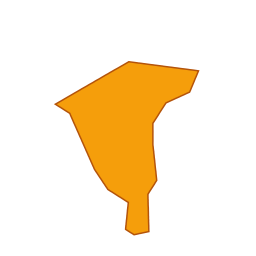 Texel, Netherlands, rotated 303°
{"feature_id": "6326949B53858734726992", "entity_name": "Texel", "entity_type": "district", "adm_level": 2, "iso_a3": "NLD", "parent_name": "Netherlands", "parent_adm1": "", "projection": "mercator", "projection_center": [4.818, 53.078], "detail": "fine", "context": "isolated", "style": "filled", "palette": "amber", "viewbox_px": 256, "rotation_deg": 303, "n_neighbors": 0, "source": "geoboundaries", "source_scale": "gbopen_adm2", "svg_char_len": 3652}
<svg xmlns="http://www.w3.org/2000/svg" viewBox="0 0 256 256"><g transform="rotate(303 128 128)"><path d="M198.6,123.0L197.9,121.6L196.8,119.3L195.7,117.0L195.6,116.9L194.6,114.7L193.4,112.3L192.0,109.3L190.8,106.8L190.5,106.2L189.3,103.6L188.6,102.2L188.1,101.3L187.9,100.8L186.6,98.0L185.4,95.5L184.0,92.6L181.0,91.1L178.2,89.7L176.1,88.6L173.9,87.5L171.6,86.3L169.4,85.1L166.8,83.8L164.9,82.8L162.6,81.7L160.8,80.7L158.2,79.4L156.0,78.3L153.5,77.1L151.5,76.0L149.2,74.8L147.2,73.9L145.0,72.7L142.9,71.6L140.8,70.6L138.7,69.5L136.8,68.5L135.3,67.7L134.8,67.5L132.0,66.1L128.3,64.2L127.3,63.7L124.9,62.5L121.6,60.8L118.0,59.0L114.6,57.3L112.3,56.1L110.1,55.0L108.4,54.1L108.4,56.0L108.4,58.0L108.5,60.6L108.5,63.4L108.5,65.8L108.6,71.2L107.2,73.2L105.7,75.5L104.4,77.5L103.1,79.4L101.7,81.6L100.3,83.8L98.3,86.8L97.1,88.7L95.9,90.5L94.7,92.3L93.4,94.4L92.9,95.2L92.3,96.0L91.7,96.9L91.1,97.9L90.5,98.8L89.9,99.7L89.2,100.8L88.6,101.7L88.0,102.6L87.4,103.6L86.9,104.3L86.4,105.0L85.9,105.8L85.5,106.5L85.0,107.2L84.6,107.9L84.5,108.0L84.0,108.8L83.4,109.6L82.9,110.4L82.4,111.3L81.7,112.2L81.2,113.0L80.9,113.5L80.7,113.9L80.1,114.7L79.5,115.6L79.0,116.4L78.5,117.2L78.0,117.9L77.5,118.7L76.9,119.6L76.4,120.5L75.8,121.3L75.4,121.9L75.0,122.6L74.1,124.6L73.6,125.8L73.2,126.8L72.7,127.9L72.1,129.3L71.6,130.4L71.0,131.8L70.7,132.6L70.2,133.7L69.7,134.9L69.1,136.2L68.6,137.3L68.2,138.4L67.8,139.3L67.3,140.4L66.9,141.3L66.5,142.3L66.0,143.5L65.5,144.5L65.5,145.6L65.5,146.9L65.5,148.1L65.6,149.3L65.6,150.5L65.6,151.8L65.6,153.0L65.6,154.2L65.6,155.5L65.6,156.7L65.6,157.9L65.7,159.0L65.7,160.4L65.7,161.4L65.7,162.7L65.7,163.9L65.7,165.0L65.7,166.3L65.7,167.6L65.8,168.8L64.8,169.3L63.8,169.8L62.9,170.3L61.9,170.8L61.0,171.2L60.1,171.7L59.0,172.2L58.1,172.7L57.2,173.2L56.2,173.7L55.3,174.2L54.4,174.6L53.5,175.1L52.6,175.6L51.6,176.1L50.6,176.6L49.7,177.0L48.8,177.5L47.8,178.0L47.0,178.4L46.2,178.9L45.2,179.3L44.3,179.8L42.9,180.5L41.7,181.2L41.7,182.2L41.7,183.6L41.7,184.8L41.7,186.0L41.7,187.2L41.8,188.5L41.8,189.6L41.8,191.2L42.7,192.1L43.5,192.9L44.2,193.6L44.9,194.3L45.6,194.9L46.2,195.6L46.9,196.3L47.6,197.0L48.2,197.6L48.9,198.3L49.6,199.0L50.4,199.8L51.1,200.5L51.8,201.2L52.5,201.9L53.6,201.1L54.8,200.3L56.1,199.4L57.2,198.7L58.3,197.9L59.6,197.0L60.7,196.2L62.0,195.4L63.3,194.4L64.6,193.6L65.8,192.7L67.2,191.8L68.4,191.0L69.7,190.1L70.9,189.3L72.1,188.5L73.3,187.6L74.7,186.6L76.1,185.7L77.2,184.9L78.5,184.1L79.5,183.3L80.6,182.6L81.6,181.9L82.7,181.2L83.3,180.8L83.8,180.8L85.5,180.7L87.1,180.7L88.5,180.7L89.9,180.7L91.5,180.7L92.1,180.7L93.0,180.7L94.3,180.7L95.5,180.7L97.0,180.6L98.7,180.6L99.7,180.6L99.8,180.5L101.1,179.5L101.2,179.4L102.2,178.6L103.4,177.6L104.4,176.8L105.4,176.0L106.7,175.0L107.7,174.1L108.8,173.2L110.0,172.2L111.5,171.0L112.8,170.0L114.1,168.9L114.8,168.4L115.4,167.9L116.5,167.0L117.6,166.0L118.8,165.1L119.8,164.3L119.9,164.2L121.1,163.2L122.2,162.4L123.1,161.6L124.3,160.6L125.3,159.8L126.4,158.9L127.2,158.2L129.0,157.0L129.8,156.5L131.2,155.6L133.8,153.9L136.1,152.4L138.3,151.0L141.0,149.2L143.0,147.9L145.5,146.3L147.8,146.3L150.3,146.3L152.6,146.3L155.1,146.3L157.6,146.2L160.0,146.2L162.5,146.2L164.8,146.2L167.2,146.2L169.7,146.2L171.8,147.5L172.1,147.7L174.2,149.0L176.7,150.6L179.1,152.1L181.5,153.7L183.8,155.1L186.4,156.8L188.7,158.2L191.6,160.1L193.7,159.8L196.2,159.3L198.5,158.9L201.2,158.4L203.4,158.0L205.8,157.5L208.4,157.1L211.0,156.6L214.3,156.0L213.1,153.4L212.0,151.0L210.6,148.2L209.6,146.0L208.5,143.7L207.3,141.3L206.2,139.0L205.1,136.6L203.8,134.0L202.7,131.6L201.5,129.2L200.3,126.7L199.0,124.0L198.6,123.0Z" fill="#f59e0b" stroke="#b45309" stroke-width="1.5"/></g></svg>